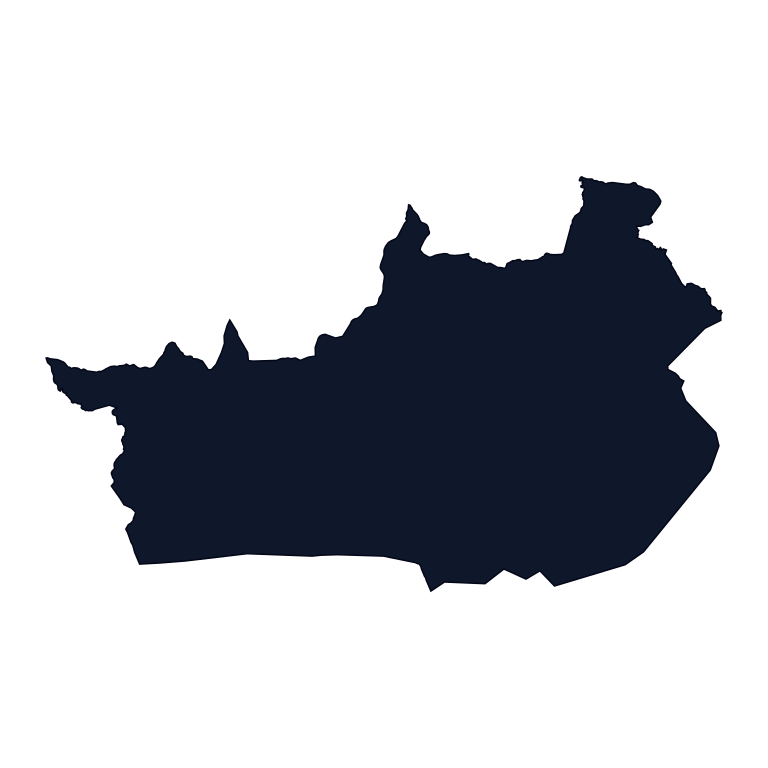 Adansi North, Ashanti, Ghana (Mercator projection)
{"feature_id": "2480657B92670413622569", "entity_name": "Adansi North", "entity_type": "district", "adm_level": 2, "iso_a3": "GHA", "parent_name": "Ghana", "parent_adm1": "Ashanti", "projection": "mercator", "projection_center": [-1.594, 6.301], "detail": "fine", "context": "isolated", "style": "filled", "palette": "ink", "viewbox_px": 768, "rotation_deg": 0, "n_neighbors": 0, "source": "geoboundaries", "source_scale": "gbopen_adm2", "svg_char_len": 6061}
<svg xmlns="http://www.w3.org/2000/svg" viewBox="0 0 768 768"><path d="M321.2,555.2L337.5,554.7L383.4,556.1L415.3,562.6L417.7,563.7L419.2,564.0L420.8,566.4L421.5,569.0L424.6,576.5L425.7,577.9L426.0,579.6L430.9,591.1L444.5,582.0L485.0,583.7L503.9,569.0L526.0,579.1L539.9,570.8L554.5,586.0L625.2,564.7L643.5,551.9L710.2,470.1L718.9,445.9L715.7,432.6L685.8,400.9L680.7,388.2L683.8,381.0L679.7,378.7L678.4,376.3L675.4,373.3L667.8,369.4L667.7,365.9L704.8,328.3L720.9,320.3L720.7,315.6L721.9,312.5L721.0,311.9L720.8,310.5L717.7,311.0L714.8,307.2L712.0,306.2L710.5,304.3L710.5,298.1L706.7,294.0L706.7,292.4L705.2,291.5L705.0,289.6L704.4,288.6L702.3,288.8L700.3,288.3L698.2,286.3L695.4,285.5L691.3,283.3L687.2,283.9L686.2,286.8L684.9,286.8L681.6,283.5L677.7,276.2L676.6,274.9L675.6,272.4L671.0,264.8L671.5,263.5L665.0,254.4L666.4,250.0L663.3,248.9L662.0,250.1L661.2,249.7L661.1,248.3L660.3,247.5L658.8,249.6L657.6,248.5L656.6,249.0L655.7,248.6L655.4,246.9L652.5,245.6L652.1,243.6L647.9,240.6L645.6,240.6L644.3,239.5L640.7,239.2L638.2,238.1L637.0,237.3L637.8,236.5L637.7,235.4L638.3,234.6L637.7,233.0L638.8,230.3L637.8,229.8L637.5,228.7L636.7,227.6L636.4,226.2L640.8,226.3L645.4,224.7L648.7,224.7L652.4,222.3L650.6,217.1L660.0,204.1L660.8,201.3L660.5,200.5L657.7,195.6L653.6,191.4L649.9,189.4L645.2,188.9L640.9,186.6L637.5,185.6L635.4,182.9L633.3,182.6L629.8,184.3L626.5,184.3L612.2,182.5L607.7,183.1L606.0,183.8L604.7,183.5L603.1,182.2L601.8,181.9L600.9,181.7L599.6,182.0L596.4,180.7L593.9,180.7L592.0,179.0L586.9,179.0L582.9,177.6L582.3,177.0L581.3,176.9L580.4,177.6L579.4,179.9L579.4,180.6L579.7,180.8L581.6,180.8L582.8,181.4L582.9,182.1L582.1,182.9L582.8,184.8L582.4,185.4L581.2,185.6L580.8,186.2L581.3,187.4L582.8,187.5L584.0,188.0L584.3,188.5L584.1,190.7L582.7,192.6L582.7,193.6L582.2,194.5L582.7,195.6L582.8,196.6L583.4,197.2L582.9,198.9L584.0,200.6L583.8,205.4L583.6,206.0L581.3,208.4L580.5,211.6L579.2,213.1L575.2,215.8L572.5,220.3L572.3,223.1L572.0,224.1L570.7,226.1L570.6,227.7L563.8,253.0L561.6,254.4L554.5,254.7L550.4,254.5L548.4,253.6L546.5,253.2L544.9,254.4L544.0,256.3L542.1,257.0L541.0,258.0L539.8,258.4L539.0,259.2L537.0,259.9L534.0,260.2L532.0,260.8L526.5,260.4L522.6,261.6L521.5,261.2L519.9,259.5L517.5,259.7L514.3,260.9L513.9,261.0L513.7,260.6L512.5,260.8L509.3,262.7L507.4,263.4L507.0,263.8L506.0,266.8L505.4,267.8L504.6,268.4L501.4,267.6L497.5,267.4L490.5,263.4L488.1,263.4L486.2,264.2L485.3,263.1L484.4,262.5L483.0,262.6L481.8,262.3L481.0,261.4L480.1,261.1L479.2,260.3L478.5,260.5L477.1,259.4L475.7,258.9L473.9,259.3L472.4,259.2L469.6,256.9L468.4,256.3L468.4,255.4L468.9,254.2L468.6,253.6L462.0,254.9L454.9,255.5L449.9,255.2L447.0,253.8L444.0,253.6L437.2,254.8L434.8,255.5L431.7,256.9L429.1,257.3L423.5,254.1L421.2,251.5L420.2,250.1L420.2,249.1L420.8,246.9L424.6,239.3L425.3,238.6L426.2,236.8L428.7,234.4L429.3,233.4L429.4,232.0L428.7,230.5L428.0,226.9L426.6,224.7L424.3,223.4L421.8,222.6L421.1,222.1L419.9,220.3L418.3,216.4L417.1,214.5L412.7,209.9L412.1,208.4L410.1,205.3L408.6,204.8L408.1,209.7L406.5,213.0L406.7,216.4L405.7,218.9L407.0,221.0L405.6,222.1L404.6,223.4L398.0,236.1L397.0,237.4L396.1,238.5L391.2,240.8L388.4,242.5L385.7,246.1L384.4,249.0L384.0,250.6L384.0,255.1L380.7,264.5L380.2,267.6L380.9,269.5L383.6,273.6L384.2,275.2L384.4,277.6L383.2,285.5L383.1,289.8L381.9,294.0L379.5,297.4L378.9,299.1L378.7,301.0L377.4,304.5L376.1,305.5L374.2,306.4L367.4,307.6L365.8,308.5L361.5,315.0L358.4,317.7L356.9,318.5L355.3,318.7L353.6,319.4L352.4,320.3L351.3,321.7L350.3,324.1L342.7,336.3L335.5,338.0L325.1,334.3L322.1,334.9L320.0,336.0L318.5,337.8L315.2,347.4L315.4,356.1L308.5,357.1L300.3,360.4L295.5,358.0L290.8,358.7L287.9,357.9L285.8,358.5L283.0,358.4L280.5,358.8L276.7,360.4L253.2,361.1L248.4,360.7L247.6,352.5L237.9,335.9L237.0,331.8L229.8,320.0L227.2,325.3L224.1,335.9L224.4,343.5L221.4,352.7L216.1,364.4L211.4,369.6L208.3,369.8L202.5,361.2L197.2,359.0L192.8,358.7L192.0,356.8L190.4,356.1L186.7,356.5L184.5,355.8L183.6,355.1L182.8,353.2L180.2,351.4L178.7,348.9L176.6,346.4L174.9,343.1L172.0,342.2L168.9,343.7L166.4,346.7L165.2,349.8L165.2,350.7L164.0,352.5L163.5,354.3L159.5,358.6L156.3,363.4L156.3,364.1L153.8,367.1L150.3,368.5L148.1,368.2L147.0,367.6L145.4,367.3L144.6,367.3L140.3,368.5L137.8,367.7L133.7,364.5L129.4,366.0L128.5,365.2L126.2,364.1L125.5,364.8L123.2,365.5L119.5,365.8L117.1,366.6L114.4,366.1L110.6,366.6L105.5,369.1L104.4,370.0L102.6,370.7L101.7,371.5L99.2,371.4L96.8,372.2L86.7,370.9L85.3,369.7L83.5,369.1L80.9,370.2L78.9,368.6L76.9,367.9L76.1,368.2L75.2,367.7L72.6,368.0L71.7,368.4L71.1,368.3L69.5,367.2L68.3,367.1L67.7,366.7L64.8,363.1L63.4,362.0L59.1,360.2L57.2,359.6L50.1,358.8L47.5,357.8L46.1,358.1L47.6,362.6L51.2,365.9L51.9,371.3L53.7,375.7L53.5,379.4L54.0,381.7L55.2,383.2L56.4,383.8L57.2,384.6L57.9,386.4L57.9,387.9L58.3,389.8L60.1,391.1L60.4,391.0L60.4,389.9L61.5,389.4L61.8,388.5L62.4,388.7L62.9,389.2L62.3,390.6L63.2,392.2L64.9,393.2L65.9,392.9L66.2,393.1L66.4,393.4L66.0,394.3L66.2,395.0L67.4,395.7L71.4,400.4L71.5,402.0L71.8,402.3L73.0,403.0L74.6,402.4L75.8,402.8L76.4,402.7L77.4,403.6L81.2,404.3L81.7,406.1L81.7,406.7L81.2,407.2L81.3,407.9L82.4,409.0L84.5,409.7L85.6,410.6L87.0,410.3L88.2,410.7L92.7,410.6L94.4,409.3L109.3,405.2L116.7,407.8L113.5,409.9L112.6,410.8L112.3,411.6L112.4,413.5L113.2,414.6L115.7,415.6L116.5,416.3L117.4,423.2L118.2,424.6L122.0,424.2L122.7,424.4L122.9,425.1L125.3,427.5L125.6,431.3L125.0,432.6L124.8,434.6L123.9,436.5L122.9,436.8L122.6,438.0L121.7,440.0L121.9,441.3L122.6,442.5L122.8,444.1L123.9,446.2L123.9,448.5L123.6,448.7L123.5,449.4L124.5,450.7L124.3,451.4L123.3,452.4L123.0,453.6L120.4,455.1L116.4,459.6L115.5,461.3L114.9,462.0L114.2,463.7L114.1,465.6L114.5,467.9L114.3,469.0L112.3,470.9L111.4,472.8L111.4,473.7L112.8,477.8L113.7,478.9L114.2,480.1L114.2,482.5L111.3,486.0L120.2,498.6L124.0,504.7L131.3,508.0L135.6,512.1L134.8,515.0L133.3,518.8L133.4,520.2L130.9,523.1L128.3,524.7L125.8,529.1L127.6,532.6L131.1,542.4L132.8,545.4L134.7,552.4L139.6,564.1L159.8,563.0L185.1,561.0L247.1,553.7L312.1,556.1L321.2,555.2Z" fill="#0f172a" stroke="#020617" stroke-width="1.5"/></svg>